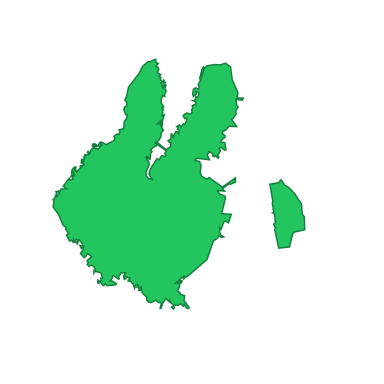 outline of Tonoas, Federated States of Micronesia, rotated 302°
{"feature_id": "79324940B80636387322037", "entity_name": "Tonoas", "entity_type": "district", "adm_level": 2, "iso_a3": "FSM", "parent_name": "Federated States of Micronesia", "parent_adm1": "", "projection": "orthographic", "projection_center": [151.879, 7.372], "detail": "fine", "context": "isolated", "style": "filled", "palette": "green", "viewbox_px": 384, "rotation_deg": 302, "n_neighbors": 0, "source": "geoboundaries", "source_scale": "gbopen_adm2", "svg_char_len": 5952}
<svg xmlns="http://www.w3.org/2000/svg" viewBox="0 0 384 384"><g transform="rotate(302 192 192)"><path d="M79.6,169.6L79.1,175.7L79.9,176.3L81.6,174.2L83.7,175.0L85.6,174.4L88.3,178.4L84.6,178.5L82.1,180.7L83.3,181.8L83.2,180.0L84.6,179.5L86.2,185.0L82.7,184.9L83.7,187.2L82.5,191.3L79.9,194.3L82.4,193.6L84.8,194.6L84.4,195.6L82.2,195.6L83.3,196.7L82.3,197.6L84.1,198.9L80.3,198.9L81.2,200.3L83.5,200.4L80.1,203.2L79.0,208.7L76.1,211.3L75.6,213.9L76.7,216.0L81.1,218.7L80.5,222.3L81.5,223.6L81.2,225.1L76.4,226.6L77.1,227.4L81.6,226.2L87.9,226.3L86.9,230.7L88.5,230.5L86.8,232.9L86.5,236.2L88.2,240.0L91.2,241.7L90.5,245.2L92.5,245.0L90.7,248.6L91.1,250.6L92.5,250.9L95.6,242.9L100.2,240.6L98.9,236.3L100.3,235.2L100.2,232.3L105.8,231.4L108.3,229.2L106.2,226.5L110.0,227.7L109.2,229.8L111.7,227.9L116.3,229.7L117.5,232.7L142.7,240.5L162.2,236.0L165.2,237.8L169.0,238.2L169.2,241.2L170.7,242.7L170.6,239.3L173.0,236.4L176.6,234.3L175.7,236.4L183.8,234.9L185.0,235.6L185.2,239.3L193.9,237.1L189.4,228.7L205.2,223.3L205.9,221.5L204.9,216.1L206.8,213.0L210.0,219.2L211.1,215.9L218.9,219.3L218.8,220.4L223.4,223.6L226.9,221.2L212.2,215.2L213.3,198.7L210.8,197.9L210.5,191.7L212.9,188.6L219.3,185.7L221.8,182.0L220.4,177.9L223.1,178.0L228.6,189.8L231.4,185.3L235.2,184.9L235.5,189.4L233.4,190.7L233.7,192.0L235.0,192.2L234.6,196.5L235.8,196.4L236.8,194.2L242.0,194.4L242.6,192.6L244.1,192.3L245.3,193.6L244.7,197.3L245.7,198.6L251.2,193.7L249.5,189.9L252.7,189.6L255.5,191.0L257.2,190.3L257.7,186.8L259.7,186.0L262.3,187.9L267.3,188.5L271.2,195.3L274.3,187.6L281.3,188.2L285.0,185.6L288.2,186.3L289.3,183.8L293.9,180.2L296.6,186.1L298.8,185.7L295.6,180.4L300.6,178.3L308.6,166.5L318.5,158.4L319.0,152.1L314.7,148.6L312.4,144.1L307.0,137.8L302.9,136.9L294.2,139.5L300.7,135.7L292.1,138.4L292.8,139.9L286.5,140.2L284.0,143.1L282.6,142.7L282.3,140.0L280.2,138.7L275.8,140.4L273.7,142.5L277.7,143.7L279.4,142.0L280.1,144.9L276.5,146.5L274.6,145.9L275.0,144.8L271.5,146.0L270.0,144.3L270.4,147.2L267.8,149.1L267.3,147.5L264.9,146.5L264.3,148.2L261.6,148.0L259.8,149.7L258.2,149.8L257.0,149.0L256.1,145.4L252.2,144.0L250.3,146.7L251.7,148.7L249.3,149.7L245.3,150.0L245.3,148.5L241.4,148.2L242.3,145.9L239.3,144.3L239.2,146.4L237.5,146.6L237.5,148.3L234.1,150.1L235.3,147.4L234.6,146.2L228.6,147.1L230.5,144.9L230.2,143.6L225.4,146.1L222.9,144.5L221.9,146.7L222.5,148.2L218.9,149.8L215.0,148.1L214.3,146.4L215.8,135.3L219.1,136.5L222.2,136.4L225.4,134.7L229.1,135.0L232.6,129.2L233.0,127.9L231.7,126.5L236.2,127.7L233.9,129.0L232.3,132.1L235.7,129.5L242.9,127.6L240.7,126.4L247.0,123.6L247.3,121.9L249.3,122.9L250.6,119.7L253.5,117.0L258.4,116.0L258.5,118.3L259.9,117.1L264.0,116.6L264.8,114.4L268.7,113.3L269.1,112.6L264.7,112.0L267.8,109.4L267.8,108.1L270.1,108.6L269.6,107.9L271.5,104.6L272.4,105.0L272.8,102.9L275.0,103.2L274.5,99.6L278.6,98.8L279.8,96.8L279.2,94.7L283.1,95.3L282.8,92.8L285.4,90.8L280.2,87.3L279.5,85.6L272.2,83.5L264.3,84.3L247.2,82.6L238.3,85.9L234.3,86.3L233.7,88.7L230.6,91.2L228.7,89.8L225.7,90.5L222.5,94.8L223.2,96.2L219.8,97.6L216.3,97.1L209.5,100.4L205.9,97.1L205.2,98.9L202.2,99.6L201.6,97.8L197.8,96.2L196.8,98.2L194.3,98.6L186.6,94.0L186.6,89.0L185.2,87.5L184.1,87.6L185.4,89.2L182.3,89.2L183.6,90.5L178.7,89.7L176.7,84.7L174.8,84.0L170.3,85.0L169.0,84.5L169.2,83.7L164.0,81.9L163.0,83.4L161.6,82.9L160.6,83.9L159.5,83.2L161.6,82.1L161.3,81.1L158.0,82.6L158.6,85.7L147.6,83.5L150.1,80.9L147.3,80.4L151.6,80.5L150.9,79.2L147.5,78.5L143.3,80.2L145.8,80.3L145.9,81.3L143.9,82.3L142.5,81.7L143.8,83.4L141.1,82.8L139.7,84.2L137.4,82.5L138.5,80.6L128.6,79.7L128.4,84.0L125.0,79.3L120.6,80.1L122.2,78.3L120.2,76.4L117.4,80.0L116.4,79.5L116.9,78.1L113.3,78.9L112.2,78.0L110.8,80.0L105.7,82.1L102.3,90.6L95.5,100.3L95.3,103.8L93.4,104.8L91.2,109.4L89.0,108.4L85.5,114.1L87.2,115.3L86.6,117.2L89.0,116.6L87.5,118.7L86.8,117.8L87.7,120.7L88.6,118.9L90.2,118.7L90.8,120.6L88.8,121.1L91.7,121.4L89.9,126.9L88.1,127.4L87.3,125.3L85.4,128.2L88.3,129.1L85.7,130.2L80.8,130.0L79.1,135.3L81.3,136.2L84.4,135.7L84.0,141.1L78.1,139.4L76.9,141.5L74.9,141.6L74.3,143.9L76.9,145.7L76.4,149.5L73.7,152.4L75.2,157.6L71.8,161.6L70.4,160.3L68.8,162.4L67.5,160.8L65.8,165.6L65.8,166.7L68.2,167.0L67.5,169.5L72.7,176.4L74.1,176.4L74.3,171.9L73.2,169.7L77.3,170.1L78.0,168.9L79.6,169.6ZM214.2,133.6L213.2,148.4L210.5,148.5L209.1,150.4L207.9,150.2L206.7,147.0L201.8,147.0L201.7,144.6L190.0,144.5L184.4,145.9L181.0,152.4L181.4,150.1L180.3,148.0L181.3,145.0L183.9,142.6L193.1,141.0L195.2,138.8L195.4,136.3L196.8,136.3L196.7,134.8L198.0,134.7L198.6,136.3L197.0,136.5L197.5,139.1L203.2,136.4L205.0,136.7L205.4,134.5L211.5,136.2L211.7,137.2L213.6,136.7L214.2,133.6ZM209.1,299.7L211.9,299.7L219.7,307.6L230.7,300.2L231.5,297.4L239.7,291.3L244.9,280.2L247.2,271.2L246.8,267.5L249.6,261.0L245.8,260.5L239.9,253.9L226.6,265.8L225.3,265.8L218.1,272.1L217.0,271.4L217.3,272.8L214.9,275.6L209.3,279.2L208.0,278.3L205.5,281.9L203.9,282.1L190.4,295.3L197.0,303.8L209.1,299.7ZM85.7,236.7L83.6,235.6L83.1,238.3L84.7,238.3L85.7,236.7ZM181.4,84.0L180.1,82.5L178.8,82.8L181.2,85.9L181.4,84.0ZM302.1,136.5L304.3,136.1L304.3,135.5L301.6,135.4L302.1,136.5ZM67.4,158.9L65.0,160.2L65.2,161.5L67.0,160.0L67.4,158.9ZM179.1,86.1L180.1,85.5L177.9,84.1L177.7,85.2L179.1,86.1ZM114.7,229.7L113.8,231.1L115.6,231.4L114.7,229.7ZM170.1,83.9L171.2,83.5L171.4,82.4L170.3,82.2L170.1,83.9ZM166.1,82.5L167.8,81.4L165.5,81.7L166.1,82.5ZM156.2,84.9L155.2,83.4L154.3,83.6L154.1,83.9L156.2,84.9ZM111.3,229.9L109.6,230.3L109.4,231.0L111.4,230.8L111.3,229.9ZM73.5,150.5L71.3,151.8L73.0,151.9L73.5,150.5ZM270.0,109.9L271.7,109.4L271.8,108.6L270.3,109.1L270.0,109.9ZM87.8,121.4L86.7,122.5L88.7,121.9L87.8,121.4ZM141.9,81.8L142.8,80.9L141.1,81.3L141.9,81.8ZM181.8,88.4L183.0,87.7L181.5,88.2L181.8,88.4ZM267.6,111.7L268.7,112.0L268.8,111.2L267.6,111.7ZM179.8,87.1L181.0,86.6L179.7,86.5L179.8,87.1ZM270.2,110.6L270.7,111.1L270.8,110.6L270.2,110.6Z" fill="#22c55e" stroke="#15803d" stroke-width="1.5"/></g></svg>